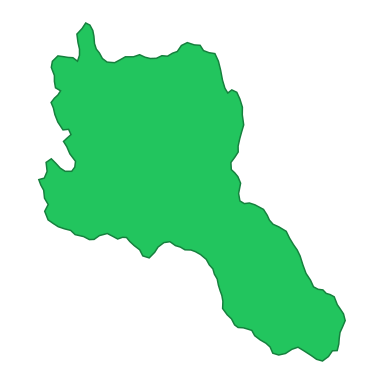 the district of Moema, Minas Gerais, Brazil
{"feature_id": "56859067B10299149147299", "entity_name": "Moema", "entity_type": "district", "adm_level": 2, "iso_a3": "BRA", "parent_name": "Brazil", "parent_adm1": "Minas Gerais", "projection": "equal_earth", "projection_center": [-45.409, -19.845], "detail": "fine", "context": "isolated", "style": "filled", "palette": "green", "viewbox_px": 384, "rotation_deg": 0, "n_neighbors": 0, "source": "geoboundaries", "source_scale": "gbopen_adm2", "svg_char_len": 2294}
<svg xmlns="http://www.w3.org/2000/svg" viewBox="0 0 384 384"><path d="M82.1,28.5L76.9,34.1L78.0,42.6L79.5,49.1L79.5,55.3L77.5,61.2L72.9,57.7L68.0,57.4L63.0,56.6L57.9,55.9L52.4,61.3L51.3,67.4L54.4,75.5L54.4,81.4L55.5,87.8L60.6,90.8L57.9,95.0L54.4,98.2L51.1,102.5L53.4,108.0L54.9,114.6L57.9,122.2L63.0,129.9L68.6,129.3L71.0,134.6L67.2,138.0L63.5,141.4L66.8,146.7L69.9,153.9L75.5,161.3L74.8,167.1L71.7,171.3L65.1,171.3L60.2,168.1L55.8,163.3L51.3,158.8L46.1,162.4L47.1,171.4L44.3,178.1L38.8,179.6L40.8,185.0L43.7,190.3L44.5,198.2L48.2,204.5L44.7,211.3L48.1,219.9L53.4,223.6L58.2,226.7L64.4,228.8L70.7,230.4L75.1,234.6L83.7,236.6L89.4,239.6L94.1,239.4L99.4,235.6L107.3,233.5L112.9,236.4L117.7,239.0L122.5,237.3L126.5,237.5L129.8,241.5L134.2,245.6L139.7,249.8L142.8,255.9L149.2,257.9L154.7,252.3L158.0,247.1L163.9,242.6L170.0,241.7L175.4,245.6L180.4,247.1L184.9,249.8L191.0,250.0L195.5,251.7L200.5,254.5L206.3,259.4L209.3,264.9L212.9,268.9L214.4,274.2L217.2,279.0L218.4,285.1L220.1,290.6L221.9,295.6L222.9,301.4L222.6,308.5L227.2,314.8L231.5,318.9L234.6,324.9L238.1,327.5L243.3,327.8L247.4,329.0L251.8,330.4L254.7,335.7L260.2,339.9L265.9,343.2L270.1,347.0L272.8,353.2L278.7,355.0L285.5,353.5L291.9,349.3L298.0,347.2L303.6,350.6L311.2,355.5L316.5,359.3L322.5,361.0L328.5,356.5L332.4,350.8L337.2,350.6L338.8,344.0L339.2,338.5L340.0,332.5L342.5,327.0L345.2,320.6L343.5,313.9L340.8,309.8L337.3,304.7L334.2,296.8L330.2,294.6L326.2,293.4L322.9,289.9L318.1,289.3L313.5,286.8L310.5,280.2L306.0,273.4L302.9,264.9L300.1,256.0L297.2,250.0L293.5,244.7L289.5,238.1L286.2,231.3L278.9,226.9L273.1,224.3L269.4,220.1L267.3,215.4L263.5,209.4L254.9,204.8L249.4,203.0L244.3,203.6L239.9,200.9L238.6,193.5L240.6,183.2L237.9,176.7L234.7,172.8L231.3,169.6L230.9,162.5L234.9,157.1L238.2,152.0L238.1,146.2L239.8,138.5L241.6,132.0L243.7,124.9L242.3,114.8L242.4,107.2L239.9,99.1L236.8,92.3L231.8,89.9L227.8,93.0L224.9,88.2L222.5,80.2L220.6,70.1L218.4,61.2L214.9,53.6L209.1,52.7L203.5,50.6L200.1,45.3L194.3,44.9L187.3,42.6L181.4,45.5L177.3,51.5L172.5,53.2L167.5,56.2L161.9,55.7L156.4,58.3L150.2,58.5L145.0,57.2L139.6,54.7L133.5,56.8L125.4,56.8L120.1,59.8L114.6,62.7L107.1,62.1L102.4,58.5L99.4,53.0L96.3,49.1L94.5,43.6L93.9,36.2L92.8,30.5L89.9,25.1L85.7,23.0L82.1,28.5Z" fill="#22c55e" stroke="#15803d" stroke-width="1.5"/></svg>